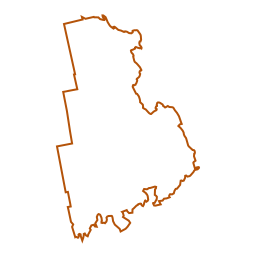 outline of Washington, Maine, United States of America
{"feature_id": "52423323B19363512128609", "entity_name": "Washington", "entity_type": "district", "adm_level": 2, "iso_a3": "USA", "parent_name": "United States of America", "parent_adm1": "Maine", "projection": "mercator", "projection_center": [-67.458, 45.042], "detail": "fine", "context": "isolated", "style": "outline", "palette": "amber", "viewbox_px": 256, "rotation_deg": 0, "n_neighbors": 0, "source": "geoboundaries", "source_scale": "gbopen_adm2", "svg_char_len": 4376}
<svg xmlns="http://www.w3.org/2000/svg" viewBox="0 0 256 256"><path d="M63.2,91.9L66.9,110.9L70.1,131.8L72.1,143.5L58.6,146.1L57.0,146.4L65.7,192.3L67.9,191.9L70.2,203.6L70.7,206.5L67.8,207.0L68.6,210.5L71.0,221.9L73.2,224.4L72.1,226.9L75.2,237.0L75.4,236.8L76.4,236.9L77.7,237.7L78.3,237.6L78.8,236.0L78.5,234.7L79.0,234.1L79.6,233.9L80.6,234.4L80.8,236.3L82.3,240.6L83.2,238.0L83.8,235.1L83.8,233.9L84.6,233.6L84.8,233.5L86.0,235.4L87.7,236.3L88.1,235.4L88.1,234.7L90.7,229.9L89.8,228.5L91.4,225.4L93.7,224.8L95.0,226.5L96.7,226.7L95.3,223.3L97.4,220.0L96.8,217.0L97.6,215.0L98.5,214.1L99.6,214.4L100.2,214.9L101.5,217.8L101.9,220.9L101.5,221.3L101.5,222.8L102.6,223.0L104.0,222.7L105.0,223.2L106.4,221.6L106.9,219.7L106.5,217.6L107.2,216.6L108.5,216.0L111.6,215.9L112.1,216.2L112.6,218.0L113.1,221.2L114.8,224.6L119.7,228.9L120.6,231.5L125.6,228.8L127.5,226.8L130.2,222.9L128.8,220.7L123.0,217.0L123.7,215.6L122.8,212.6L122.1,211.9L126.7,210.1L127.3,211.3L129.1,213.1L132.4,212.7L132.5,209.4L133.6,208.5L135.3,206.8L136.6,205.5L137.7,205.1L137.8,204.6L138.3,204.2L140.2,203.6L141.1,203.8L141.3,204.6L142.2,205.7L143.0,206.1L143.8,204.7L144.2,202.9L145.1,200.6L145.3,200.5L146.4,201.7L147.6,200.9L148.2,199.7L147.7,196.1L146.9,194.3L146.2,193.8L146.0,193.2L143.1,191.0L144.1,189.0L147.0,189.3L149.1,188.0L150.1,188.0L154.9,186.6L156.1,186.9L155.9,188.4L155.0,189.4L154.8,194.9L156.1,195.8L156.9,196.8L156.7,199.2L154.6,202.9L153.2,203.0L153.1,203.5L154.1,205.5L155.7,205.6L156.8,205.3L160.7,204.4L159.0,201.1L162.6,200.6L164.0,198.7L166.6,198.4L169.6,197.3L169.3,196.9L169.2,195.6L169.9,194.3L170.5,194.2L172.0,194.4L173.8,193.4L173.8,193.2L174.6,190.6L175.7,188.9L177.0,188.7L180.1,184.9L180.7,180.7L181.5,180.5L182.6,181.0L183.8,180.6L185.1,177.8L185.2,175.8L186.1,175.5L187.5,176.6L189.6,176.1L190.4,175.5L193.4,172.1L194.1,170.8L194.5,170.3L195.2,169.9L196.2,169.5L196.5,169.6L197.6,169.3L198.9,168.0L199.0,167.6L198.7,167.1L197.0,167.3L195.9,167.9L195.9,168.3L195.0,168.6L194.5,167.0L193.3,162.8L193.7,162.0L195.5,160.7L195.2,159.7L194.0,156.3L194.2,153.8L194.6,153.7L194.9,152.7L194.7,151.1L193.9,150.1L192.6,150.0L188.7,146.3L188.1,145.3L188.0,144.9L186.1,138.2L184.4,135.7L183.9,134.4L183.6,132.5L182.7,130.7L180.6,128.0L178.4,126.0L179.8,124.4L181.7,123.9L181.2,122.7L179.0,116.3L177.0,112.9L174.9,110.3L173.4,107.8L173.2,107.6L172.2,107.2L169.3,107.0L167.8,106.0L165.4,107.4L164.9,107.4L164.5,107.0L164.2,106.5L163.3,106.1L163.1,105.9L162.8,104.8L162.5,104.4L161.1,103.6L160.7,103.2L159.5,102.6L158.0,102.4L157.2,103.0L156.7,104.9L156.8,105.2L157.0,105.5L157.0,106.0L156.5,106.2L156.1,106.5L155.6,107.8L155.7,108.5L156.3,108.8L156.7,109.1L156.6,109.8L156.4,110.1L156.2,110.3L155.3,110.7L153.7,111.6L152.3,112.9L151.1,114.0L150.9,114.0L150.4,113.9L149.4,113.3L148.9,112.9L145.7,109.4L144.8,109.0L143.1,108.0L143.0,107.5L143.0,107.2L143.1,106.8L142.8,104.6L140.1,102.2L140.1,101.2L139.8,99.3L139.1,97.1L138.8,96.3L137.1,93.9L136.3,93.7L136.0,93.6L135.9,93.3L132.9,87.3L132.7,86.8L132.7,86.6L133.0,85.2L133.3,85.0L133.5,85.1L133.9,85.4L135.5,84.7L135.6,84.1L136.2,83.5L137.1,81.1L137.2,80.6L137.2,80.1L136.7,79.4L136.7,79.1L137.1,78.6L138.5,77.5L139.4,76.6L139.9,75.1L140.2,73.9L139.5,72.9L139.5,72.1L139.8,71.2L140.0,71.0L140.3,70.7L140.7,70.7L141.0,70.6L141.3,70.3L141.4,70.1L140.0,67.3L137.8,64.7L136.5,63.3L134.9,62.0L134.6,61.6L134.2,60.6L133.3,57.0L133.2,56.3L133.6,55.9L133.5,55.4L133.0,54.2L132.1,53.3L131.4,52.4L131.0,51.1L130.9,50.6L131.0,50.4L131.4,50.1L132.8,49.7L134.2,49.0L135.0,48.6L135.0,47.8L135.0,47.6L135.9,47.0L137.5,47.7L140.0,48.3L140.3,48.3L140.5,48.1L140.7,47.5L140.9,47.5L141.1,47.7L141.5,48.2L141.6,47.9L141.1,46.6L139.7,45.1L139.4,43.5L139.3,43.2L139.4,42.3L139.7,41.4L139.9,41.3L140.1,41.3L140.5,41.4L141.1,39.8L140.8,35.9L140.5,34.7L140.0,33.9L137.6,30.5L136.9,30.2L134.2,30.3L132.6,30.8L132.5,31.2L132.7,31.5L132.8,32.0L132.5,32.5L131.4,33.3L129.1,33.1L127.1,31.8L125.7,31.4L124.4,31.5L124.4,31.9L123.8,31.9L121.1,30.6L118.3,29.9L115.2,27.2L114.2,26.7L113.6,26.9L114.1,28.2L113.5,28.6L110.9,26.7L109.8,25.6L107.7,22.2L107.0,20.5L106.0,18.1L105.5,17.1L103.4,15.5L103.1,15.4L102.5,15.4L102.6,16.2L103.0,17.3L103.9,18.6L104.6,19.1L104.6,19.5L104.4,20.0L103.1,19.9L100.1,19.1L98.4,17.4L94.1,17.3L93.8,16.9L85.5,18.8L81.9,16.9L82.6,19.5L64.0,24.0L75.1,74.3L74.0,74.5L77.3,89.2L63.2,91.9Z" fill="none" stroke="#b45309" stroke-width="2"/></svg>